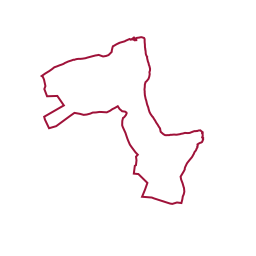 the district of Askira Uba, Borno, Nigeria, rotated 235°
{"feature_id": "59680162B18672795330723", "entity_name": "Askira Uba", "entity_type": "district", "adm_level": 2, "iso_a3": "NGA", "parent_name": "Nigeria", "parent_adm1": "Borno", "projection": "natural_earth1", "projection_center": [12.927, 10.69], "detail": "fine", "context": "isolated", "style": "outline", "palette": "rose", "viewbox_px": 256, "rotation_deg": 235, "n_neighbors": 0, "source": "geoboundaries", "source_scale": "gbopen_adm2", "svg_char_len": 3966}
<svg xmlns="http://www.w3.org/2000/svg" viewBox="0 0 256 256"><g transform="rotate(235 128 128)"><path d="M170.7,70.2L171.1,87.4L171.1,92.8L167.1,96.8L164.2,99.2L162.7,101.9L161.4,105.4L160.9,107.9L159.1,110.7L157.6,113.7L156.6,115.1L153.0,119.6L152.4,123.2L152.4,126.1L152.0,128.5L151.7,132.1L148.3,132.0L146.5,132.5L145.1,132.8L143.1,135.0L141.5,135.6L140.8,135.3L140.5,134.8L139.8,133.7L139.0,131.0L139.1,129.7L137.1,127.4L133.6,124.8L131.9,124.3L125.4,123.1L122.1,122.1L119.3,121.3L117.2,120.8L113.3,120.0L111.4,120.0L110.0,120.0L103.8,120.2L100.5,120.7L99.9,118.1L96.6,116.4L93.0,113.2L93.1,111.9L87.3,106.6L84.3,110.1L71.9,112.4L67.7,106.5L63.6,100.1L57.4,107.6L55.3,109.0L44.9,116.9L41.9,119.2L40.4,120.8L38.9,125.4L35.9,128.7L38.5,131.7L40.5,133.6L41.7,135.6L43.5,137.6L46.8,139.5L47.4,139.6L51.4,141.0L55.4,142.0L58.0,143.2L60.5,148.8L61.5,150.7L62.3,151.3L63.0,152.1L65.1,155.8L65.5,156.8L66.5,160.2L66.8,161.3L67.4,163.5L67.8,164.5L68.4,165.6L69.0,167.0L69.5,167.7L70.2,168.9L70.6,170.5L71.1,171.5L71.8,172.4L72.2,173.4L72.6,174.1L73.1,174.1L73.8,175.2L74.7,175.5L74.7,176.3L74.7,176.9L74.6,177.4L74.5,178.5L74.1,179.7L74.1,180.7L74.6,181.4L74.7,181.8L75.1,182.3L75.3,182.4L75.5,182.6L75.4,182.8L75.5,183.0L75.9,183.2L76.1,183.2L76.4,183.5L76.5,183.6L76.7,183.9L76.9,183.9L77.0,183.8L77.2,183.7L77.4,183.4L77.5,183.3L77.8,183.3L78.0,183.5L78.1,184.0L78.6,184.7L79.3,185.0L80.8,186.1L80.8,185.7L81.1,185.6L81.6,185.9L82.0,186.6L84.6,185.9L85.5,184.3L85.8,183.0L86.1,182.7L86.5,181.7L87.1,181.1L87.6,179.8L88.0,178.2L88.3,177.0L88.5,176.0L88.8,175.3L89.4,174.3L89.9,173.6L90.6,172.7L91.3,171.9L92.0,169.8L92.4,169.0L92.9,167.9L93.1,167.1L93.6,166.1L94.5,164.2L95.0,163.4L95.9,162.4L96.6,161.3L97.3,160.0L98.2,158.7L98.4,157.9L99.1,156.8L99.6,156.1L100.3,155.0L101.0,154.2L102.1,153.7L102.8,153.4L106.0,152.6L107.0,152.9L107.9,153.4L108.8,153.7L109.2,154.0L111.5,154.0L113.6,154.2L114.7,154.2L115.9,154.2L117.1,154.3L118.7,154.5L120.3,154.5L122.7,154.7L123.3,154.5L126.5,154.5L128.8,154.8L131.3,155.6L133.3,156.4L134.4,156.7L134.5,156.7L135.4,156.9L137.2,157.5L139.1,158.3L140.4,158.8L141.6,159.1L145.3,160.7L146.6,161.5L147.8,162.2L148.1,162.5L148.5,162.7L150.1,163.6L150.7,164.1L151.9,165.2L152.3,165.5L154.0,166.8L154.4,167.3L154.6,167.6L155.5,168.6L155.7,170.2L156.5,173.0L157.9,174.9L159.7,176.7L161.5,177.6L162.4,178.9L163.8,180.0L166.5,181.1L167.7,181.3L169.0,181.9L169.5,182.1L170.9,182.4L171.2,182.5L172.9,183.2L173.0,183.2L174.8,184.0L175.2,184.5L176.1,184.5L177.7,184.8L178.9,185.3L181.2,186.7L181.5,186.8L181.9,186.9L182.8,187.4L182.8,187.5L184.4,188.2L185.6,189.0L186.5,189.6L188.8,190.9L191.3,192.6L192.5,192.8L194.5,191.3L195.3,190.1L195.6,189.1L196.2,188.0L196.8,186.8L196.9,186.0L195.5,185.4L195.2,185.2L195.7,184.4L195.9,183.9L196.2,183.9L196.7,183.5L196.9,183.6L196.9,183.8L197.0,184.2L196.9,184.8L197.5,185.0L198.7,184.8L198.6,182.9L198.4,182.9L198.1,182.9L197.8,182.9L197.7,182.8L197.9,182.6L198.2,182.6L198.3,182.3L198.4,181.9L198.7,181.9L199.0,181.3L198.9,180.8L199.2,180.6L200.0,180.3L200.5,177.8L200.8,176.3L200.9,175.0L202.3,171.0L202.6,170.0L202.7,169.2L202.8,169.2L203.2,166.4L203.4,163.6L203.5,163.0L203.6,162.5L202.6,161.2L200.6,159.0L199.7,158.3L199.3,156.2L199.0,154.4L198.9,153.9L199.6,151.3L200.9,148.6L204.7,145.9L205.2,144.7L205.9,143.3L206.1,142.9L206.5,141.8L207.4,139.4L208.9,135.3L209.0,135.1L209.1,134.7L209.6,133.1L210.5,131.3L211.2,129.9L211.6,129.3L211.6,129.2L212.1,128.4L212.3,128.1L213.1,127.0L213.8,125.7L214.3,124.4L214.7,123.0L215.2,122.5L215.4,121.8L215.8,120.2L216.3,118.7L216.8,117.0L217.1,115.4L217.5,113.3L217.5,112.0L217.9,110.4L218.0,109.9L218.2,109.3L218.5,108.3L218.7,107.5L219.3,104.9L220.0,102.5L219.8,99.6L219.8,99.0L219.8,95.9L219.9,94.8L220.0,92.9L220.1,91.7L220.1,90.9L220.1,89.6L220.1,88.7L220.1,87.1L218.7,87.6L218.4,87.5L215.9,87.0L209.7,84.4L207.9,81.8L200.4,79.9L194.8,88.5L183.3,88.4L185.3,65.8L182.6,64.8L173.1,63.2L170.7,70.2Z" fill="none" stroke="#9f1239" stroke-width="2"/></g></svg>